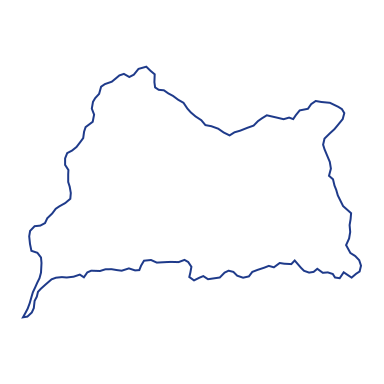 outline of Morro Agudo de Goiás, Goiás, Brazil
{"feature_id": "56859067B87068855347914", "entity_name": "Morro Agudo de Goiás", "entity_type": "district", "adm_level": 2, "iso_a3": "BRA", "parent_name": "Brazil", "parent_adm1": "Goiás", "projection": "albers", "projection_center": [-50.018, -15.311], "detail": "fine", "context": "isolated", "style": "outline", "palette": "blue", "viewbox_px": 384, "rotation_deg": 0, "n_neighbors": 0, "source": "geoboundaries", "source_scale": "gbopen_adm2", "svg_char_len": 2382}
<svg xmlns="http://www.w3.org/2000/svg" viewBox="0 0 384 384"><path d="M93.0,101.8L91.8,108.6L94.1,114.6L92.7,121.8L85.6,127.1L84.1,131.6L83.2,138.1L80.1,142.3L76.5,147.0L72.0,150.6L67.2,153.1L65.1,158.4L65.1,164.9L68.4,170.0L68.2,174.3L68.2,182.0L69.7,186.7L70.8,193.0L70.3,198.8L65.3,203.0L59.4,206.3L55.7,208.8L52.2,213.5L47.3,218.2L45.0,223.1L40.3,225.6L34.6,226.2L30.1,230.9L29.2,236.3L30.0,244.0L31.4,250.8L37.4,252.8L41.0,257.5L41.5,263.0L41.0,272.6L39.5,278.2L37.3,282.6L35.3,287.1L32.9,292.2L31.7,296.2L29.7,303.2L27.7,308.6L25.6,312.6L23.0,317.3L27.4,316.6L31.8,312.5L33.8,308.1L34.6,300.9L36.8,296.7L38.0,291.8L40.9,288.7L45.7,284.4L51.6,279.3L56.0,277.7L61.9,277.1L66.7,277.5L73.6,276.7L79.8,274.6L83.9,277.3L87.3,272.4L91.2,270.7L100.0,271.0L105.4,269.3L111.6,269.2L117.0,270.1L121.7,270.7L128.9,268.4L135.1,270.4L139.3,270.1L141.1,265.6L144.0,260.7L151.0,260.0L156.8,262.6L166.0,262.1L170.8,261.9L178.6,262.1L184.5,259.9L188.2,262.0L191.4,266.8L190.4,272.4L189.3,277.0L194.0,280.4L199.4,277.7L203.3,276.1L208.0,279.2L219.8,277.5L224.6,272.6L228.6,270.7L233.4,271.9L237.2,275.7L243.1,277.7L248.9,276.4L252.3,271.9L257.5,269.9L264.2,267.7L268.8,265.9L273.9,267.3L279.7,263.0L284.1,263.7L291.3,264.1L294.7,260.5L300.9,267.7L304.0,270.8L309.1,272.6L313.6,271.9L317.3,268.8L322.8,272.8L327.8,272.4L332.8,274.0L335.0,277.5L339.7,278.2L343.7,272.3L347.1,274.6L351.6,277.6L356.2,273.7L359.6,271.5L361.0,265.7L359.2,260.2L355.3,256.1L350.4,253.0L346.1,245.1L349.1,238.5L350.2,232.0L349.6,225.1L350.6,219.1L351.1,213.2L343.1,206.1L337.8,195.4L336.2,189.8L334.5,185.6L333.0,179.3L329.0,175.8L330.9,168.6L329.8,161.9L327.0,155.2L324.5,149.2L323.1,144.7L324.5,138.6L330.0,133.2L334.4,129.2L337.4,125.6L342.7,119.1L344.3,113.1L341.9,109.1L338.2,106.8L329.9,102.8L321.4,102.0L315.7,101.0L311.2,104.1L307.9,108.8L299.7,110.4L295.8,115.2L293.2,119.1L289.1,117.6L283.6,119.2L276.4,117.5L266.8,115.3L261.8,118.4L258.0,121.1L253.6,125.6L247.4,127.8L240.1,130.7L234.5,132.3L229.6,135.4L223.7,132.5L218.2,128.7L211.3,126.2L205.4,125.1L201.3,120.2L195.5,116.4L190.8,112.4L187.4,108.6L183.5,102.8L178.1,99.7L173.0,95.9L168.3,93.4L163.9,90.3L158.7,89.8L155.1,87.4L154.4,82.1L154.7,74.3L150.6,70.9L146.3,66.7L138.5,68.9L133.8,74.7L129.3,77.0L123.9,73.9L119.4,75.4L116.3,78.0L111.8,81.7L104.9,84.1L101.1,86.7L99.1,93.9L95.2,98.1L93.0,101.8Z" fill="none" stroke="#1e3a8a" stroke-width="2"/></svg>